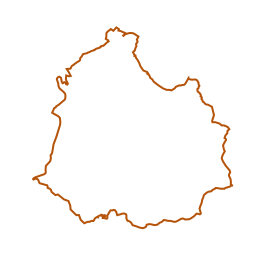 the district of Chisindia, Arad, Romania, rotated 353°
{"feature_id": "2599482B8925647797372", "entity_name": "Chisindia", "entity_type": "district", "adm_level": 2, "iso_a3": "ROU", "parent_name": "Romania", "parent_adm1": "Arad", "projection": "natural_earth1", "projection_center": [22.109, 46.245], "detail": "fine", "context": "isolated", "style": "outline", "palette": "amber", "viewbox_px": 256, "rotation_deg": 353, "n_neighbors": 0, "source": "geoboundaries", "source_scale": "gbopen_adm2", "svg_char_len": 5576}
<svg xmlns="http://www.w3.org/2000/svg" viewBox="0 0 256 256"><g transform="rotate(353 128 128)"><path d="M224.9,198.2L224.5,197.8L224.0,197.3L223.7,197.0L223.2,196.4L223.6,193.4L223.5,190.9L222.5,188.2L222.5,186.6L224.0,184.4L223.7,182.5L220.5,177.5L220.2,177.2L220.1,176.7L218.2,172.7L217.3,169.6L217.8,168.3L218.3,167.1L219.7,164.9L221.2,163.0L220.5,160.6L220.4,158.6L220.3,157.9L220.2,156.9L222.0,154.1L223.8,151.9L223.7,150.6L222.6,149.7L223.8,147.3L224.5,146.6L225.2,146.0L225.3,145.9L225.9,145.3L226.4,143.0L228.4,141.5L227.8,140.4L227.3,139.4L225.7,138.3L223.5,137.1L221.2,136.8L219.6,134.9L218.0,134.1L217.3,133.8L215.5,132.9L212.5,132.5L212.4,131.1L214.2,127.2L214.9,125.7L214.7,123.6L214.5,122.5L214.1,118.9L213.9,117.2L210.2,114.6L208.9,114.3L207.9,113.8L207.8,113.6L207.6,113.4L207.3,113.0L207.0,112.5L206.5,111.8L205.5,111.0L205.2,109.5L204.4,108.1L204.9,107.3L205.0,106.7L204.6,106.0L203.9,105.4L204.1,104.9L204.3,104.4L204.3,103.8L203.8,103.2L203.7,102.6L203.3,102.1L203.2,101.9L202.5,101.1L201.8,100.5L201.5,99.6L201.5,98.4L201.8,97.6L202.6,97.3L202.9,96.8L203.1,95.9L203.5,95.4L204.0,94.8L203.7,94.4L203.3,92.7L203.4,92.1L203.5,91.5L203.0,90.4L202.6,89.7L202.2,89.0L201.9,88.6L200.5,88.0L198.1,87.9L196.7,87.7L194.4,86.8L194.1,86.0L194.1,85.8L193.9,86.0L193.7,86.4L193.5,86.7L191.7,89.2L190.1,91.2L188.9,92.0L186.1,92.0L185.3,92.3L183.9,91.9L182.2,92.5L180.4,93.0L179.1,94.4L175.6,96.0L174.1,95.3L170.9,94.8L167.5,92.9L163.0,89.0L162.1,88.1L161.2,87.2L159.2,85.2L158.0,82.7L156.1,80.8L155.9,79.6L155.6,78.3L153.9,76.6L154.6,76.3L153.7,74.7L150.2,72.8L147.9,68.3L146.8,64.0L146.2,62.7L145.9,61.9L145.4,60.9L144.5,59.3L144.3,58.0L144.3,57.8L144.2,57.0L143.2,57.2L143.3,56.4L142.9,55.1L142.2,53.5L142.9,52.6L143.5,52.4L144.0,52.2L145.3,49.2L146.3,48.0L146.2,45.6L147.4,44.4L148.0,43.5L147.6,41.3L149.5,38.5L146.9,36.3L145.2,34.9L144.0,34.4L142.1,34.0L140.1,34.0L137.4,34.5L136.4,34.8L134.8,36.0L134.5,35.7L136.4,34.1L136.8,33.4L134.0,31.8L132.7,31.0L130.4,30.1L131.0,28.8L128.7,26.8L128.0,27.4L127.3,28.0L126.9,28.4L126.2,29.0L125.7,29.3L125.5,29.5L125.3,29.7L123.0,27.7L121.9,28.5L120.9,29.0L120.1,29.5L119.3,30.1L118.6,30.6L118.2,31.1L118.0,32.2L117.8,33.3L117.6,34.9L117.2,35.9L116.8,36.8L119.0,38.6L118.9,38.9L119.0,39.1L119.3,39.6L118.0,40.3L117.4,40.7L116.3,41.4L115.2,42.3L114.0,43.1L113.5,43.4L112.7,43.3L112.0,43.4L111.2,43.6L110.4,44.1L110.5,44.5L109.0,45.0L108.7,45.1L107.8,45.2L107.3,45.2L105.9,45.5L105.7,45.7L105.0,46.0L104.9,46.1L104.0,46.4L104.0,46.6L103.7,46.6L103.0,46.8L101.4,47.1L101.1,47.2L100.0,47.5L98.5,48.1L97.5,48.2L96.6,48.7L95.3,48.9L94.6,48.9L93.4,49.1L92.1,49.3L91.7,50.3L91.1,50.9L90.4,51.7L89.3,52.6L89.2,52.7L89.0,53.0L89.0,53.5L88.8,54.4L88.4,55.1L87.3,55.8L86.5,56.0L85.1,56.7L84.8,56.9L82.7,57.9L82.3,58.4L81.6,58.7L80.5,59.2L79.6,59.8L78.1,62.1L74.4,62.0L76.3,66.0L76.5,66.6L76.6,66.8L76.8,67.7L77.0,68.2L77.1,68.4L77.5,69.3L75.7,69.5L73.1,68.3L72.3,71.9L72.6,73.6L73.7,76.5L73.4,77.2L73.1,77.5L72.3,77.2L71.8,76.7L71.5,75.4L70.6,74.8L70.0,74.9L69.0,75.6L68.6,75.6L67.9,74.3L67.6,70.0L67.5,69.9L66.3,68.8L65.2,68.8L63.7,70.0L63.5,70.4L63.3,70.9L63.5,71.8L64.2,75.6L64.1,77.8L64.9,80.4L66.9,82.6L68.5,84.4L69.7,86.2L69.9,87.7L69.6,90.0L68.9,92.0L62.2,96.4L59.2,97.9L58.7,98.8L57.3,99.2L56.0,101.3L54.6,103.6L56.2,104.9L60.0,107.6L61.3,109.2L61.6,109.6L61.6,113.5L61.0,116.5L57.0,125.4L55.8,128.1L52.1,135.2L50.3,141.4L49.4,144.1L47.9,145.5L47.7,148.9L46.7,151.5L41.9,155.6L41.2,158.7L40.9,162.4L39.5,163.6L33.0,165.0L30.4,165.5L28.4,166.3L27.6,167.1L27.9,167.6L28.8,167.5L29.8,166.9L31.1,167.3L31.9,167.7L32.6,168.6L33.0,170.4L33.5,172.0L38.0,173.9L40.7,175.0L41.1,176.0L40.9,177.4L41.3,178.0L42.9,178.6L44.1,180.2L44.2,181.9L47.7,185.7L50.4,185.5L55.8,191.1L60.0,193.2L61.2,198.0L61.1,201.9L66.1,208.2L68.7,208.4L69.9,213.5L73.0,217.2L76.5,216.2L78.5,216.4L80.6,215.7L82.2,216.1L83.4,215.0L83.9,213.9L84.9,213.3L86.0,212.7L87.4,213.0L87.3,212.2L88.5,211.6L89.7,211.4L90.5,211.2L90.8,210.8L91.1,210.9L90.7,211.6L91.3,212.0L91.9,212.6L92.8,211.9L93.1,211.7L93.8,211.6L94.3,211.8L94.1,212.2L93.6,212.3L93.4,212.2L92.4,212.6L92.4,212.8L93.2,212.7L92.9,212.9L93.0,213.1L94.0,213.1L93.6,213.4L92.7,213.3L92.4,213.2L92.5,213.5L92.9,213.5L92.7,213.7L92.1,213.6L91.9,214.2L94.6,214.9L94.8,215.1L96.0,215.4L96.6,214.6L96.8,212.2L97.7,211.4L98.7,209.9L100.6,207.6L101.6,207.8L102.7,207.9L103.8,207.5L104.3,207.8L104.9,207.9L106.0,209.6L106.4,211.5L106.7,213.2L109.7,212.8L112.2,212.3L113.5,212.3L115.5,213.3L115.8,215.0L115.4,217.1L115.6,218.5L116.3,220.1L117.4,220.4L119.0,221.6L119.8,222.8L120.8,225.1L122.1,225.6L123.9,226.4L127.3,228.2L130.3,229.2L131.3,229.1L132.5,228.8L134.0,228.0L134.7,226.3L136.0,226.1L137.8,226.0L140.1,226.7L142.3,227.6L143.7,227.6L145.4,227.5L147.9,225.9L149.5,225.5L150.9,224.8L152.2,223.7L153.3,223.9L156.1,224.9L156.3,225.0L159.0,225.4L161.2,226.3L162.9,226.9L164.9,226.6L167.4,225.6L169.8,224.6L170.9,224.5L172.0,224.7L173.2,225.6L173.4,225.7L174.2,225.8L176.2,226.0L177.6,225.9L177.9,225.9L179.8,225.2L182.8,223.6L184.5,222.3L185.6,221.4L186.0,221.5L186.4,221.5L187.7,222.0L188.6,222.4L189.3,222.3L189.9,221.5L189.9,221.4L189.7,220.4L189.2,216.8L189.9,215.0L190.0,214.8L191.3,212.5L191.7,211.8L192.5,209.8L192.9,208.2L193.0,208.0L193.8,206.9L194.6,205.2L195.0,204.1L195.7,203.4L197.3,202.5L197.9,201.9L200.4,201.0L202.8,201.0L204.3,199.8L206.8,198.9L207.7,198.2L208.2,198.3L209.8,198.7L210.9,199.0L213.1,199.7L215.0,199.8L216.2,200.1L217.1,199.5L218.1,199.2L219.6,199.0L221.0,198.8L222.0,198.5L223.2,197.8L223.6,197.7L224.4,198.0L224.9,198.2Z" fill="none" stroke="#b45309" stroke-width="2"/></g></svg>